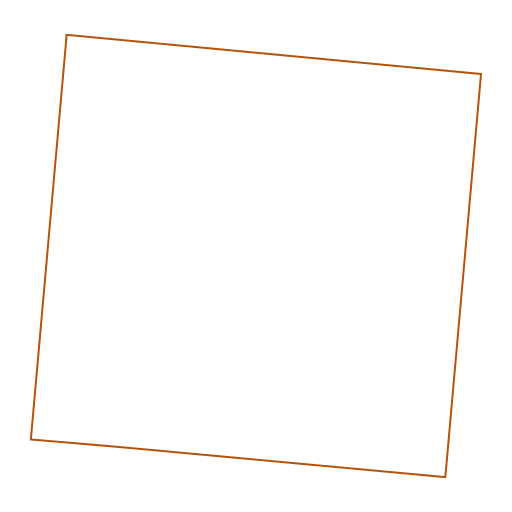 Osborne, Kansas, United States of America, rotated 95°
{"feature_id": "52423323B57783119458523", "entity_name": "Osborne", "entity_type": "district", "adm_level": 2, "iso_a3": "USA", "parent_name": "United States of America", "parent_adm1": "Kansas", "projection": "equal_earth", "projection_center": [-98.768, 39.35], "detail": "fine", "context": "isolated", "style": "outline", "palette": "amber", "viewbox_px": 512, "rotation_deg": 95, "n_neighbors": 0, "source": "geoboundaries", "source_scale": "gbopen_adm2", "svg_char_len": 253}
<svg xmlns="http://www.w3.org/2000/svg" viewBox="0 0 512 512"><g transform="rotate(95 256 256)"><path d="M55.1,47.7L52.2,464.0L59.6,463.9L458.4,464.3L458.2,380.9L459.8,48.2L446.8,48.1L55.1,47.7Z" fill="none" stroke="#b45309" stroke-width="2"/></g></svg>